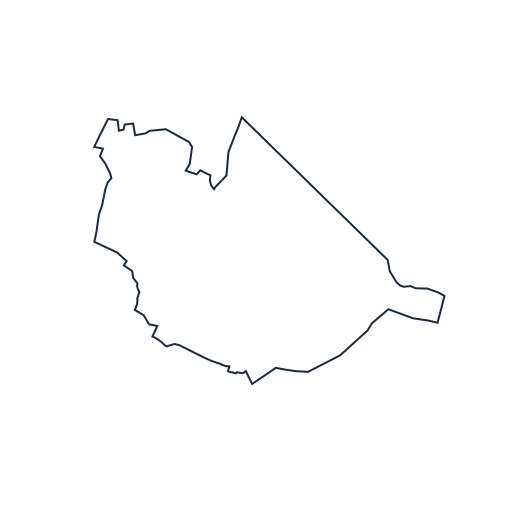 Baure, Katsina, Nigeria (Natural Earth projection), rotated 25°
{"feature_id": "59680162B19484855656708", "entity_name": "Baure", "entity_type": "district", "adm_level": 2, "iso_a3": "NGA", "parent_name": "Nigeria", "parent_adm1": "Katsina", "projection": "natural_earth1", "projection_center": [8.765, 12.798], "detail": "fine", "context": "isolated", "style": "outline", "palette": "slate", "viewbox_px": 512, "rotation_deg": 25, "n_neighbors": 0, "source": "geoboundaries", "source_scale": "gbopen_adm2", "svg_char_len": 1848}
<svg xmlns="http://www.w3.org/2000/svg" viewBox="0 0 512 512"><g transform="rotate(25 256 256)"><path d="M63.3,225.5L71.9,223.4L72.4,231.5L80.3,235.9L88.1,242.1L89.1,243.0L92.0,246.6L90.5,252.0L91.3,259.5L95.1,275.1L95.6,280.0L96.2,285.2L101.2,301.6L103.5,311.5L128.7,311.5L140.9,315.3L140.2,320.3L150.2,322.0L153.9,327.7L160.2,331.0L160.8,333.1L161.3,334.0L163.0,335.9L164.4,337.1L165.6,338.1L165.8,340.7L166.1,342.5L166.3,344.6L167.1,345.8L168.0,348.3L168.6,350.2L169.0,356.1L179.2,357.2L179.3,357.2L188.0,363.1L196.1,361.1L196.2,372.8L198.6,372.7L202.3,373.0L206.2,373.8L211.3,375.5L213.2,375.7L219.1,370.3L224.5,369.2L251.6,370.0L259.8,369.9L269.3,368.9L274.8,368.7L278.5,367.3L278.9,370.3L279.3,372.2L280.4,372.3L282.2,372.0L284.1,371.2L284.7,371.4L286.1,371.2L287.5,370.7L287.6,370.1L287.9,369.4L289.5,369.0L291.2,368.5L292.6,368.0L293.5,367.8L293.9,367.3L294.5,366.5L294.8,366.0L294.9,365.8L294.9,365.5L295.1,365.3L295.4,365.0L295.5,364.7L306.5,373.6L312.6,363.6L321.2,349.0L331.6,346.3L340.6,343.6L352.1,339.0L374.0,310.8L376.5,305.1L388.5,276.6L389.5,268.0L398.5,248.3L423.6,246.2L426.0,245.7L439.7,241.6L448.7,239.8L446.9,229.6L443.7,212.5L437.2,212.0L425.1,213.1L414.5,217.7L408.7,218.0L403.0,221.4L399.6,221.9L394.4,220.4L383.7,213.3L377.0,203.9L359.3,197.7L355.9,196.5L340.2,191.0L333.7,188.7L319.1,183.6L302.0,177.6L289.3,173.1L269.1,166.0L251.5,159.8L228.3,151.7L210.5,145.4L184.5,136.3L185.5,146.2L185.9,155.9L187.1,173.4L195.2,195.5L193.8,199.8L189.7,211.6L189.8,212.2L189.7,213.2L188.4,212.6L185.3,210.8L182.2,207.0L180.6,202.1L174.5,202.1L169.3,201.9L167.8,207.0L160.2,208.0L156.2,208.3L157.1,200.7L152.0,184.2L146.9,181.0L120.7,179.2L106.6,187.6L104.1,191.5L102.0,193.0L95.4,197.6L88.7,187.9L81.4,192.4L82.5,197.5L78.8,200.4L73.2,191.4L64.0,194.4L63.4,214.0L63.3,225.5Z" fill="none" stroke="#1e293b" stroke-width="2"/></g></svg>